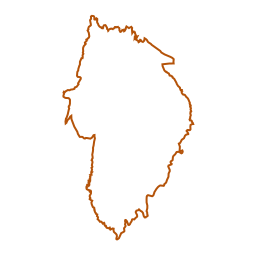 the district of Sephokong, Leribe, Lesotho, rotated 181°
{"feature_id": "5366337B15377139877013", "entity_name": "Sephokong", "entity_type": "district", "adm_level": 2, "iso_a3": "LSO", "parent_name": "Lesotho", "parent_adm1": "Leribe", "projection": "equal_earth", "projection_center": [28.145, -28.812], "detail": "fine", "context": "isolated", "style": "outline", "palette": "amber", "viewbox_px": 256, "rotation_deg": 181, "n_neighbors": 0, "source": "geoboundaries", "source_scale": "gbopen_adm2", "svg_char_len": 5836}
<svg xmlns="http://www.w3.org/2000/svg" viewBox="0 0 256 256"><g transform="rotate(181 128 128)"><path d="M170.1,224.9L168.9,222.6L168.3,219.1L168.7,217.7L170.2,216.5L170.3,215.6L171.2,215.5L171.0,214.2L172.6,212.7L172.4,211.7L171.8,211.3L173.7,209.0L174.3,207.2L174.3,205.4L174.1,204.1L174.5,202.4L173.9,201.4L174.7,200.0L174.5,198.1L174.7,197.0L175.7,197.0L177.2,193.4L177.2,190.5L177.8,189.3L178.7,186.1L178.8,184.5L179.5,183.6L179.7,182.5L179.9,179.3L179.2,178.3L176.8,178.0L176.1,177.3L176.1,176.3L178.7,171.8L178.2,170.9L180.1,168.3L181.9,167.6L182.3,166.2L184.2,165.6L185.8,165.4L187.1,164.7L188.8,164.9L190.8,163.7L191.7,162.8L192.7,163.2L193.1,162.2L192.5,161.1L193.1,159.5L193.1,158.2L191.8,157.3L190.6,156.9L188.3,156.9L187.3,156.4L186.5,155.1L186.5,151.2L186.9,149.3L187.5,148.9L187.7,148.0L187.1,146.3L187.5,145.5L188.5,140.5L189.6,137.2L190.2,136.3L190.6,133.3L190.4,131.5L189.6,132.2L189.4,133.1L188.1,135.5L187.3,136.0L185.9,138.4L184.9,139.2L184.7,135.9L181.7,128.4L178.6,123.3L178.0,121.3L176.1,118.3L173.4,118.3L171.6,116.8L170.6,116.8L170.0,117.3L169.1,117.3L165.4,116.7L163.8,117.8L162.3,120.2L161.4,120.4L161.4,119.0L160.9,117.1L161.6,114.0L162.1,109.9L162.7,107.3L162.5,106.5L162.7,103.9L163.3,100.6L163.0,99.3L162.8,97.3L163.3,96.6L163.4,95.6L163.8,95.2L163.3,94.7L163.0,93.8L162.9,92.9L163.5,90.1L162.9,88.6L163.3,87.8L163.8,87.5L163.2,85.6L163.9,83.6L163.1,83.3L163.9,82.4L163.7,81.0L164.0,81.1L164.9,80.5L164.4,80.1L165.1,78.9L164.7,78.4L165.2,77.3L164.9,77.2L164.9,75.8L165.4,75.9L165.8,75.1L166.3,74.9L165.6,73.8L165.4,73.9L165.5,74.4L165.0,74.6L164.9,74.4L165.8,72.8L166.0,72.9L165.9,73.4L166.1,73.8L166.4,73.8L166.3,73.4L166.5,73.0L165.7,72.3L166.2,71.7L165.6,70.5L166.3,69.4L166.5,69.6L166.3,70.1L166.4,70.8L167.3,70.3L167.5,70.7L167.8,70.6L167.9,69.5L168.4,68.9L168.0,68.1L168.1,67.7L168.5,67.6L168.4,66.6L168.1,66.1L167.3,65.6L165.9,65.3L165.2,63.7L164.9,63.8L164.2,64.6L163.9,64.2L163.9,62.0L164.4,60.8L165.0,60.0L165.1,58.7L164.4,57.3L164.9,56.9L165.1,56.2L163.7,55.2L162.5,54.7L163.3,52.8L162.9,51.0L161.8,48.4L160.9,48.0L160.9,47.7L160.3,47.4L160.2,46.4L160.3,45.6L159.9,45.4L159.8,44.1L159.2,42.8L158.8,42.6L158.4,41.5L157.2,41.0L157.5,39.3L156.7,38.7L156.4,37.9L156.8,36.3L155.9,35.6L154.3,33.7L153.7,34.0L152.9,33.8L151.4,31.8L151.0,31.9L150.8,32.5L150.3,32.8L150.0,32.4L149.6,30.3L149.1,29.7L148.4,29.8L148.1,29.2L148.1,28.6L147.6,27.9L145.7,27.4L144.5,28.1L144.3,27.6L144.5,27.0L143.9,26.1L141.6,27.3L140.6,27.1L140.7,25.6L140.3,23.9L138.0,21.8L137.4,20.9L137.2,19.4L137.7,17.5L137.7,16.8L137.4,16.5L136.6,16.5L135.1,17.7L133.0,22.7L130.2,24.3L129.8,24.9L130.2,27.7L128.8,29.6L128.8,30.4L129.3,31.7L128.9,33.2L129.3,34.9L129.2,35.8L129.0,36.0L128.6,36.0L127.5,34.8L126.0,31.2L125.4,31.0L124.9,31.3L124.3,32.0L123.9,33.1L122.8,34.8L122.3,36.6L121.5,36.9L120.1,36.7L118.9,38.2L117.7,39.1L117.3,39.7L117.4,41.1L118.7,43.6L118.8,44.2L118.1,45.5L116.3,46.0L115.6,46.8L114.1,45.4L112.7,44.7L111.6,43.4L110.7,40.2L109.8,38.9L108.8,38.9L108.4,39.5L107.0,40.2L106.8,41.1L107.2,42.0L107.4,44.1L108.0,45.2L107.3,48.1L107.3,50.8L108.1,53.9L108.2,57.2L108.1,59.6L107.7,60.6L106.8,61.2L102.7,60.2L102.1,60.5L101.4,61.3L100.6,63.6L100.6,64.1L98.5,67.6L96.9,69.6L95.4,70.8L94.7,71.1L91.3,70.8L90.9,71.4L90.7,72.5L89.4,73.6L88.8,74.5L88.1,76.8L86.7,79.9L86.6,83.2L85.5,85.6L85.6,87.0L87.1,90.2L86.8,91.2L83.8,92.4L83.7,92.9L84.4,93.4L84.9,94.7L84.4,95.6L83.7,95.9L82.8,96.8L82.6,99.7L82.0,101.0L80.4,102.5L79.0,104.8L77.3,105.1L76.2,104.8L74.2,103.6L73.4,104.0L73.1,104.6L72.9,105.6L73.3,106.5L75.4,105.7L75.8,105.8L76.0,106.2L75.8,110.2L76.9,113.3L75.6,114.0L74.0,117.2L71.9,118.7L70.8,121.4L69.5,122.5L67.7,122.9L67.7,123.5L68.3,124.7L69.4,126.1L69.1,126.6L68.2,127.1L66.3,126.9L65.8,127.2L65.5,127.8L65.7,130.6L65.5,132.1L64.1,133.0L62.9,133.1L63.4,134.4L64.3,135.2L64.2,135.7L64.4,136.2L65.0,136.7L66.2,136.7L66.6,137.6L65.9,139.1L66.1,139.9L65.4,142.0L65.8,142.8L66.0,144.1L65.6,144.6L65.7,145.5L65.1,145.9L65.8,147.7L65.4,148.9L65.9,149.5L65.8,150.5L66.2,150.3L66.3,150.5L65.8,151.8L66.5,152.3L66.4,152.8L66.8,153.6L66.6,154.2L68.3,158.0L69.1,159.1L70.6,160.4L71.1,161.3L71.8,162.1L72.9,162.4L73.3,162.3L74.1,163.0L74.9,164.2L75.0,165.4L74.5,165.8L75.0,166.5L74.9,166.9L75.3,166.9L75.7,166.5L76.0,166.7L76.8,168.8L76.8,169.3L78.7,170.9L80.1,173.1L80.3,173.9L82.6,177.9L84.3,179.2L84.4,180.0L84.8,180.4L85.5,180.5L85.9,181.0L86.7,181.3L87.3,181.2L88.1,183.2L89.7,184.0L90.4,184.8L90.8,184.6L91.7,185.3L92.6,186.2L94.5,190.5L94.7,192.3L87.6,193.2L83.5,193.3L83.7,194.9L83.5,197.6L84.8,198.8L86.7,199.8L92.7,202.2L96.0,204.1L97.1,205.6L105.8,211.6L106.6,212.5L108.9,213.9L109.8,214.7L110.4,216.0L111.5,217.1L113.0,218.0L113.3,215.6L114.6,214.3L116.2,215.0L116.6,216.0L117.4,216.4L117.9,215.6L118.2,214.4L118.9,214.0L119.4,215.3L121.7,216.6L120.2,219.7L122.2,219.0L122.9,218.0L122.8,219.6L121.8,220.9L122.6,222.7L122.8,223.8L123.4,223.8L123.9,224.6L124.6,224.5L125.4,223.1L125.8,226.9L125.6,228.1L126.5,229.2L128.8,227.9L131.3,229.5L131.9,228.1L131.9,227.2L132.9,225.2L133.6,224.7L134.0,226.0L134.3,225.7L134.3,225.1L134.6,225.7L135.3,225.9L135.3,225.6L137.0,224.0L137.4,224.0L138.3,225.6L138.3,227.3L138.6,227.9L139.8,228.6L139.9,228.9L141.7,228.4L141.9,228.8L142.9,228.7L143.4,227.8L144.1,227.1L144.8,227.0L145.0,226.6L146.5,227.1L147.1,226.8L147.4,226.9L149.1,226.0L149.3,225.0L149.5,224.8L149.9,226.2L150.6,226.6L150.8,228.0L152.2,230.3L152.5,230.5L153.9,230.2L154.6,228.8L154.6,227.7L154.9,227.2L156.1,227.4L156.4,228.2L157.5,228.4L158.4,229.1L159.3,230.3L159.9,231.9L160.6,232.8L160.8,234.3L160.6,235.3L160.7,236.6L161.5,237.1L162.2,235.9L163.4,235.9L163.6,236.2L163.5,237.7L164.0,239.0L164.5,239.3L166.1,239.5L167.0,238.8L166.8,236.5L167.6,235.6L167.8,235.0L167.0,231.3L166.9,230.2L167.3,229.7L168.9,228.5L169.5,226.8L169.3,225.8L170.1,224.9Z" fill="none" stroke="#b45309" stroke-width="2"/></g></svg>